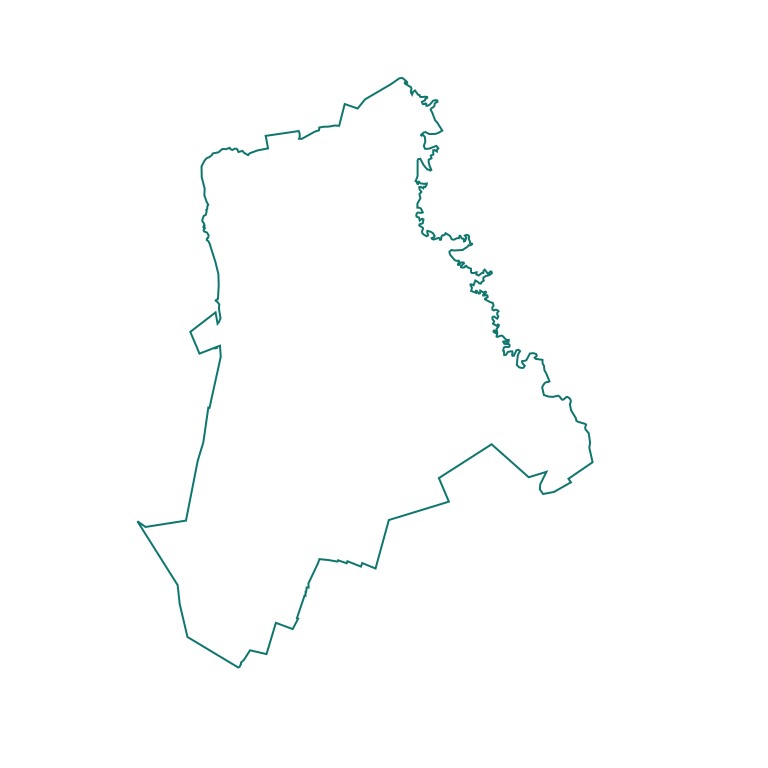 outline of Tanlajás, San Luis Potosí, Mexico, rotated 100°
{"feature_id": "50627088B17582677528322", "entity_name": "Tanlajás", "entity_type": "district", "adm_level": 2, "iso_a3": "MEX", "parent_name": "Mexico", "parent_adm1": "San Luis Potosí", "projection": "mercator", "projection_center": [-98.882, 21.745], "detail": "fine", "context": "isolated", "style": "outline", "palette": "teal", "viewbox_px": 768, "rotation_deg": 100, "n_neighbors": 0, "source": "geoboundaries", "source_scale": "gbopen_adm2", "svg_char_len": 6136}
<svg xmlns="http://www.w3.org/2000/svg" viewBox="0 0 768 768"><g transform="rotate(100 384 384)"><path d="M688.5,478.3L687.8,477.2L684.5,476.2L683.1,476.4L680.0,474.0L669.5,469.7L670.4,452.8L638.0,449.0L641.2,431.4L630.0,427.8L629.9,429.1L606.1,425.5L606.2,424.6L602.3,425.1L602.3,424.6L597.8,424.8L597.6,422.9L593.5,423.8L572.1,417.9L567.7,417.2L567.0,408.1L567.0,398.9L567.4,398.8L565.6,398.6L567.0,389.6L564.9,389.2L567.8,375.0L564.1,374.4L567.2,360.3L517.1,355.6L488.6,299.7L467.1,313.6L424.7,267.6L450.7,225.3L442.3,208.8L455.6,212.7L460.8,212.2L464.7,208.2L460.8,197.9L448.3,182.8L445.3,185.9L424.8,165.0L411.2,170.7L405.9,170.9L397.0,173.8L393.7,177.7L391.6,178.4L389.0,177.9L388.4,178.7L387.5,186.5L386.9,188.1L384.4,189.1L377.4,195.2L371.4,197.5L370.0,197.0L367.7,197.2L366.2,198.3L364.9,200.9L365.2,202.1L368.2,204.6L368.5,206.1L365.9,208.9L365.3,210.5L367.4,215.6L367.8,219.8L367.1,224.6L360.0,227.6L358.0,227.2L355.2,225.9L353.9,224.4L353.3,222.1L352.7,221.5L345.3,226.1L342.6,228.4L338.4,229.6L336.3,231.4L332.7,232.1L332.9,239.0L331.9,240.2L330.3,238.7L329.4,238.5L328.0,239.6L327.7,242.6L328.7,245.6L335.7,247.9L336.5,248.9L337.4,251.8L338.3,252.0L339.7,251.1L341.7,248.5L343.8,249.5L344.3,251.2L344.1,253.9L342.2,256.5L333.5,257.2L330.7,256.8L328.0,255.7L327.0,257.5L327.8,259.4L333.7,261.1L333.9,262.4L333.0,262.9L330.7,262.9L329.6,263.4L330.1,265.8L331.1,267.7L334.0,268.8L334.6,270.6L330.6,271.7L330.4,272.5L327.3,272.3L326.3,271.0L325.9,267.7L325.4,267.0L323.9,267.0L323.0,268.1L323.5,272.3L321.8,274.0L321.1,273.2L321.2,269.3L320.7,268.6L318.9,268.8L319.5,271.0L316.0,275.7L316.0,277.0L318.0,280.7L317.7,281.4L314.9,281.3L313.8,285.0L312.6,285.3L312.0,284.6L312.8,281.8L310.1,282.7L308.0,281.3L306.0,281.1L305.6,282.2L307.3,283.0L306.2,285.4L306.1,286.7L305.6,287.1L303.1,286.4L301.5,288.3L299.5,288.8L298.8,288.4L298.5,287.2L300.0,283.9L297.8,283.1L295.6,284.7L294.1,284.8L292.5,283.8L291.8,284.7L291.5,286.1L291.6,287.3L292.5,288.7L292.1,290.0L290.0,290.7L287.8,289.7L285.3,290.9L285.0,293.5L283.1,299.2L282.5,299.4L280.5,297.0L279.0,297.5L278.7,298.0L279.7,301.7L279.1,301.9L276.8,299.7L275.7,299.5L275.4,300.0L276.6,302.2L275.3,305.4L278.1,305.3L278.5,306.3L276.1,309.0L276.3,309.6L278.2,309.2L277.3,314.3L273.9,314.1L271.8,315.9L271.0,316.1L270.6,315.0L271.2,312.9L266.2,312.0L267.4,308.8L268.4,307.7L268.3,306.1L266.5,305.5L264.9,303.7L263.1,304.5L261.8,304.5L260.1,302.6L258.5,299.2L256.3,297.1L255.2,297.2L254.6,298.2L254.8,298.9L257.1,300.2L257.2,301.0L253.9,304.7L255.4,305.7L257.4,305.5L258.0,307.3L260.7,309.5L260.1,312.0L257.9,312.2L259.0,314.4L259.5,316.7L258.7,317.7L255.3,318.4L254.7,321.6L253.3,323.7L253.5,324.3L255.0,324.8L255.7,326.6L255.6,328.5L254.8,328.7L251.3,326.2L250.5,326.7L251.0,329.3L253.6,330.5L253.9,331.6L253.4,332.0L250.1,331.3L249.6,331.9L250.1,334.1L249.7,335.9L245.4,341.1L243.4,342.3L242.2,342.5L240.3,340.8L240.4,338.3L238.4,329.9L234.3,325.6L232.7,324.8L232.4,322.9L231.2,321.6L230.6,321.6L230.3,323.7L228.6,324.2L226.5,325.7L224.5,325.6L223.2,326.3L222.7,328.3L223.8,330.1L225.5,328.3L229.3,329.1L229.7,329.9L227.2,330.7L227.1,332.8L224.9,334.5L224.9,335.3L227.4,335.6L227.9,337.8L229.6,339.8L229.8,341.1L229.7,342.4L226.7,344.7L224.8,349.5L226.9,350.4L227.6,352.5L228.7,353.0L231.9,352.9L232.3,353.8L230.8,354.8L230.6,355.6L233.0,359.9L233.0,361.5L232.1,362.4L230.6,360.1L229.2,359.9L227.0,362.0L226.0,364.3L225.6,367.8L226.5,368.0L230.0,366.4L231.1,367.8L229.9,371.0L228.9,372.4L227.1,373.1L224.5,372.5L223.4,372.9L221.8,376.8L220.6,376.7L219.0,373.8L215.1,373.7L214.6,375.2L216.8,377.2L214.0,378.4L213.5,381.0L212.4,381.5L210.4,381.4L209.3,380.5L208.9,376.6L208.3,375.6L204.9,378.0L204.3,379.5L204.5,381.8L200.4,382.4L194.7,380.4L190.8,382.1L188.3,380.5L186.3,382.7L184.1,383.5L183.4,381.9L184.5,379.3L182.8,378.9L182.9,377.6L180.3,376.6L179.1,376.7L179.9,378.9L180.1,383.0L178.7,384.7L178.9,385.3L181.1,385.2L181.1,385.8L178.8,387.4L178.7,388.1L173.6,387.0L158.0,389.7L156.6,389.3L156.0,387.3L161.4,383.1L163.5,380.7L165.2,378.6L165.1,377.1L165.8,375.5L164.9,374.6L161.0,377.1L157.7,378.6L155.3,378.9L153.5,376.4L150.9,377.6L149.5,375.3L145.3,376.1L144.9,375.0L145.8,372.3L144.1,372.6L142.5,371.4L140.4,373.8L144.1,379.9L145.1,382.8L145.1,384.6L142.6,386.1L138.2,385.4L133.7,386.6L132.1,388.6L132.1,389.4L132.9,390.2L132.4,390.8L129.5,388.7L128.7,386.8L130.0,382.8L128.8,376.9L127.3,374.1L124.3,370.6L117.3,377.0L115.4,379.5L108.4,383.6L105.8,385.7L104.4,385.3L102.2,383.0L101.0,382.6L99.2,382.8L97.7,381.7L97.1,380.4L95.6,380.7L95.4,382.2L96.5,384.8L100.7,387.3L102.5,389.4L102.6,390.6L100.7,391.1L100.4,391.9L101.5,393.1L101.6,394.4L99.6,395.7L97.6,393.0L95.9,392.7L94.8,391.2L93.9,391.3L93.8,392.7L95.0,397.4L94.7,398.6L93.3,399.1L93.2,400.7L89.6,404.4L91.3,406.1L94.1,406.6L91.9,408.3L88.6,408.2L87.1,408.9L84.5,415.6L83.5,415.9L83.3,413.5L82.6,413.7L79.8,418.2L79.5,419.8L80.4,422.1L87.5,429.2L107.0,452.1L117.3,457.8L115.1,471.3L137.5,473.0L137.9,477.1L140.1,483.0L141.2,488.3L142.7,492.3L145.4,492.0L147.6,496.1L156.9,507.6L157.2,510.3L155.1,509.9L152.2,510.5L149.7,511.9L160.2,543.6L172.1,539.1L176.0,549.3L180.1,556.3L182.2,557.6L180.6,562.0L179.0,563.9L180.8,567.6L178.4,569.2L177.9,570.5L178.4,572.1L179.9,574.1L179.3,576.0L178.2,577.1L180.1,580.1L180.6,583.9L184.6,587.3L186.7,592.7L188.7,593.4L191.1,595.7L192.4,597.8L195.1,599.5L201.4,601.5L212.0,599.4L222.8,594.5L229.4,593.7L235.4,590.3L238.0,588.2L239.2,588.8L242.6,588.5L243.5,589.3L244.9,588.6L248.4,588.9L249.8,590.8L254.0,591.4L255.4,591.1L256.3,589.9L259.2,588.1L259.8,588.4L259.6,588.9L260.7,589.2L261.4,587.5L262.1,587.5L262.7,588.3L264.0,588.3L265.0,587.6L265.6,584.6L268.0,582.5L270.6,582.6L271.4,583.6L272.9,583.6L274.1,581.5L275.9,580.2L293.3,571.1L304.5,566.2L315.6,563.9L328.0,562.4L329.5,562.5L330.2,563.8L331.2,564.2L332.2,562.2L334.3,560.0L338.3,559.7L347.7,556.4L351.5,557.3L353.5,558.4L342.7,562.3L366.3,583.8L386.1,571.0L377.8,557.2L378.3,556.8L377.7,555.1L376.8,555.6L374.8,552.2L385.5,549.5L437.8,551.7L437.7,552.9L472.8,551.8L491.9,554.1L552.9,555.3L566.2,594.0L562.0,603.0L617.9,552.3L636.1,547.0L667.3,533.6L688.5,478.3Z" fill="none" stroke="#0f766e" stroke-width="2"/></g></svg>